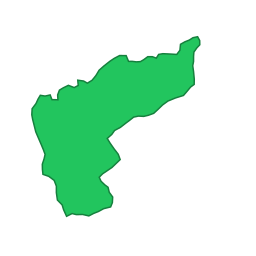 Alvorada, Rio Grande do Sul, Brazil, rotated 342°
{"feature_id": "56859067B1386586306999", "entity_name": "Alvorada", "entity_type": "district", "adm_level": 2, "iso_a3": "BRA", "parent_name": "Brazil", "parent_adm1": "Rio Grande do Sul", "projection": "albers", "projection_center": [-51.03, -30.004], "detail": "fine", "context": "isolated", "style": "filled", "palette": "green", "viewbox_px": 256, "rotation_deg": 342, "n_neighbors": 0, "source": "geoboundaries", "source_scale": "gbopen_adm2", "svg_char_len": 1421}
<svg xmlns="http://www.w3.org/2000/svg" viewBox="0 0 256 256"><g transform="rotate(342 128 128)"><path d="M222.0,71.0L223.2,67.0L222.4,62.7L217.7,62.2L213.5,63.3L208.8,63.6L203.8,64.6L201.4,70.1L197.1,73.1L190.5,70.5L184.1,68.1L179.9,67.5L176.5,70.3L173.2,67.7L168.8,66.3L164.0,67.9L160.4,68.7L156.4,67.7L152.8,66.0L149.1,64.8L148.6,58.6L142.4,56.5L136.5,57.5L131.5,58.9L124.2,61.6L118.4,64.1L113.7,68.2L108.6,71.5L103.2,72.8L100.3,69.6L95.0,67.0L93.8,72.2L89.3,72.9L84.5,69.0L78.8,69.8L74.5,70.8L71.3,74.8L70.1,79.5L64.4,77.5L64.2,72.5L59.0,72.0L54.7,69.8L51.4,72.7L48.1,76.3L42.8,80.0L40.6,85.7L40.0,90.2L39.6,96.0L39.1,103.1L39.6,108.7L40.4,117.3L40.8,122.3L41.0,127.5L38.6,131.5L35.3,136.0L33.8,141.0L32.8,145.8L37.7,149.5L41.6,155.0L41.9,161.2L39.9,167.3L38.6,174.7L41.6,180.8L41.5,185.8L42.3,193.0L48.4,192.1L52.1,194.4L58.1,196.2L63.6,199.5L69.0,198.6L74.0,198.3L79.9,197.2L87.1,197.7L90.1,194.1L92.1,188.9L90.3,183.4L90.7,178.2L88.3,174.8L85.9,170.3L85.4,165.9L89.7,163.7L100.5,160.6L110.8,155.6L110.6,150.0L108.3,143.5L106.3,136.9L105.0,131.5L110.6,129.1L114.5,126.2L121.1,125.0L127.7,122.6L132.4,121.0L136.7,119.4L141.6,119.9L146.5,121.8L151.2,122.2L157.0,122.0L162.2,119.6L167.9,116.8L174.3,114.7L182.4,114.1L190.8,114.2L195.9,111.1L200.2,108.4L204.4,107.0L206.1,102.1L207.8,94.5L208.8,88.8L210.9,85.0L212.5,80.1L214.1,76.2L218.2,73.1L222.0,71.0Z" fill="#22c55e" stroke="#15803d" stroke-width="1.5"/></g></svg>